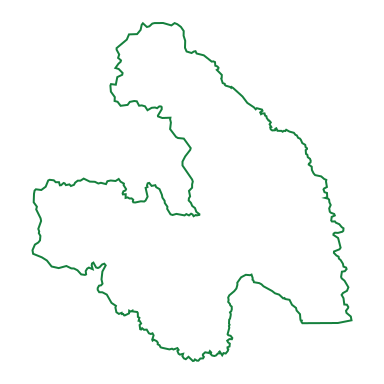 Bafing, Bafing, Ivory Coast (Albers equal-area conic projection)
{"feature_id": "98640826B37750272367318", "entity_name": "Bafing", "entity_type": "district", "adm_level": 2, "iso_a3": "CIV", "parent_name": "Ivory Coast", "parent_adm1": "Bafing", "projection": "albers", "projection_center": [-7.651, 8.455], "detail": "fine", "context": "isolated", "style": "outline", "palette": "green", "viewbox_px": 384, "rotation_deg": 0, "n_neighbors": 0, "source": "geoboundaries", "source_scale": "gbopen_adm2", "svg_char_len": 6000}
<svg xmlns="http://www.w3.org/2000/svg" viewBox="0 0 384 384"><path d="M174.6,23.1L171.4,25.4L163.1,23.0L154.4,23.1L152.3,23.6L149.4,26.3L146.9,27.0L142.9,23.3L141.7,24.8L140.6,29.9L137.1,34.1L129.0,34.4L126.8,39.6L116.6,48.1L116.6,49.7L119.2,54.5L118.1,57.9L121.0,60.4L120.6,61.8L118.4,63.8L115.4,68.0L118.7,69.0L122.6,73.0L122.2,74.8L117.3,77.1L115.8,84.7L111.0,84.1L110.4,85.6L110.9,91.7L114.8,97.1L114.6,101.0L117.6,101.8L120.6,105.8L127.6,104.9L129.8,101.9L134.2,101.0L136.8,101.3L139.1,105.7L141.8,105.4L145.0,106.3L147.5,110.2L151.7,107.8L155.0,107.5L157.1,108.2L159.3,106.4L160.9,106.4L161.7,107.1L161.7,109.3L157.9,115.6L158.0,116.4L162.3,118.0L170.4,117.7L170.1,119.3L170.9,122.5L170.1,129.1L176.0,136.9L177.9,138.0L183.8,138.6L190.7,148.1L190.2,149.9L185.2,156.4L182.5,161.6L182.5,165.5L192.1,179.5L192.8,181.6L192.1,184.3L192.1,187.7L189.0,190.9L190.1,196.4L188.9,198.3L188.7,200.5L190.9,202.8L192.2,205.9L195.0,208.1L196.3,211.8L199.4,214.2L199.3,214.9L196.8,215.4L195.8,215.0L193.6,216.2L192.5,214.4L191.1,213.7L189.0,215.4L186.3,214.1L184.6,215.4L176.4,213.9L172.6,215.0L170.5,214.3L167.2,208.9L167.4,206.7L164.8,203.0L164.6,200.8L162.4,197.6L161.9,194.8L159.5,189.1L156.2,187.2L155.3,185.2L151.6,185.9L149.2,182.9L147.7,183.3L147.0,185.4L147.5,187.0L145.6,187.9L147.6,196.7L145.5,200.6L144.2,201.5L140.8,201.3L135.2,202.5L133.3,202.3L132.8,201.3L133.2,199.7L131.6,198.4L129.5,198.5L127.6,197.4L125.6,197.9L125.7,194.2L122.9,194.4L122.6,193.3L123.4,191.3L125.4,190.5L126.1,189.1L123.6,185.2L123.9,183.6L120.6,181.7L118.7,179.0L115.6,181.0L110.7,180.5L107.4,181.2L106.0,184.1L100.9,182.8L98.3,183.5L94.9,181.8L89.8,181.6L83.7,178.6L80.4,180.7L77.7,180.7L75.1,182.7L74.0,184.8L70.9,186.0L69.4,184.4L65.9,185.1L64.6,183.3L63.6,183.0L61.1,185.2L59.9,185.3L59.0,182.2L55.7,182.2L53.8,180.3L49.6,179.8L48.2,180.5L45.7,186.7L41.3,190.0L35.9,189.3L34.6,190.6L34.0,193.8L33.7,202.3L36.9,206.7L36.2,209.4L40.6,218.3L41.1,221.0L38.3,228.9L39.2,231.5L38.8,233.1L40.4,235.9L40.0,240.4L38.3,242.5L34.9,244.6L32.5,250.2L33.1,253.8L41.8,257.3L46.9,260.5L51.6,266.5L58.7,268.1L66.4,266.0L71.3,268.4L74.0,268.5L77.5,270.3L81.2,274.4L85.0,274.9L86.1,274.4L85.7,271.1L87.2,268.6L88.9,267.6L92.7,269.2L91.7,265.5L92.0,263.5L93.4,262.6L96.1,267.5L97.9,268.0L99.6,267.2L102.1,264.5L104.3,263.7L105.7,265.4L102.4,271.5L101.5,279.4L102.5,283.7L101.1,285.3L99.0,285.7L97.7,288.1L97.7,289.8L99.2,292.2L102.4,292.3L106.8,294.6L111.5,302.9L116.0,305.9L115.4,307.5L116.4,312.2L118.9,313.9L121.7,312.8L122.0,314.1L123.2,314.0L124.2,315.4L124.8,315.4L129.0,313.4L129.2,310.7L130.7,311.6L132.5,310.6L132.6,311.4L137.2,312.0L137.8,313.0L137.9,316.9L139.4,317.8L138.6,320.8L139.7,321.0L141.1,323.5L139.6,325.0L140.2,329.2L141.1,329.5L142.1,328.2L144.0,329.8L146.7,329.6L148.9,333.3L150.9,334.0L152.5,333.3L153.6,335.3L152.2,339.7L152.6,340.6L153.8,339.7L156.6,341.1L157.8,342.6L157.7,344.3L159.5,345.2L160.6,347.3L162.2,347.8L169.4,349.4L172.0,348.7L173.4,349.5L177.4,348.1L178.6,349.9L177.4,351.0L178.6,353.8L179.9,354.6L183.1,353.8L182.4,356.2L183.9,358.4L185.8,359.2L188.5,356.8L192.9,361.0L193.9,360.8L194.9,359.4L197.0,360.7L198.4,360.7L200.3,358.5L203.0,358.4L203.9,356.9L202.9,355.6L202.9,354.4L205.2,352.3L208.9,353.0L209.9,351.1L211.2,352.5L210.7,354.1L212.1,355.5L214.4,356.0L216.1,355.4L217.8,353.5L219.9,353.3L219.2,351.9L219.7,351.5L222.2,355.3L223.5,353.1L225.7,353.5L227.7,351.1L228.3,349.3L227.6,348.7L227.5,347.3L229.5,346.5L229.8,343.6L228.1,342.4L227.2,340.7L229.4,339.1L231.9,339.2L232.3,338.0L230.6,335.8L228.3,335.2L227.6,334.2L229.3,327.8L228.9,326.0L229.6,324.8L229.0,323.7L229.2,319.6L230.0,318.7L230.6,315.8L230.8,314.1L230.0,312.3L231.2,311.3L231.8,309.3L231.7,306.6L230.3,305.4L229.9,303.9L228.2,301.9L228.6,300.0L228.2,297.5L229.3,295.3L234.2,291.2L236.4,288.5L237.4,284.8L237.3,282.7L241.1,277.3L245.8,274.8L250.1,275.2L251.5,274.6L252.7,278.1L252.5,279.7L253.4,280.4L253.9,282.2L259.2,283.1L261.5,284.3L263.5,286.3L272.1,291.0L275.0,293.3L279.1,294.6L283.2,298.4L284.5,298.0L285.1,299.0L289.5,299.8L292.0,304.8L296.0,307.9L296.6,310.5L300.0,314.2L300.4,319.3L300.7,320.4L301.8,320.6L301.4,321.8L302.4,323.2L337.9,323.0L351.5,320.3L350.8,316.5L346.5,312.9L346.0,310.8L348.1,308.0L348.3,307.0L346.9,304.7L344.3,304.5L343.5,298.2L341.6,294.9L343.0,293.0L347.0,290.8L348.4,287.3L344.5,280.7L341.7,278.4L341.1,276.9L341.9,271.7L344.8,271.2L346.6,269.1L346.1,267.6L343.5,266.6L342.9,263.7L340.6,260.0L338.9,258.6L338.6,256.7L336.4,255.5L333.9,252.9L334.0,251.5L339.5,249.3L340.6,247.7L338.1,238.0L333.4,234.9L333.6,233.6L335.0,232.7L338.0,232.9L342.4,231.7L343.3,230.8L343.5,228.3L341.7,227.1L339.3,224.2L335.9,222.7L334.9,221.4L332.0,221.5L331.2,220.5L331.7,216.9L334.8,215.5L334.2,214.0L330.8,212.7L329.8,211.7L329.2,208.4L330.7,205.0L329.4,202.3L329.1,199.7L328.2,198.7L325.1,197.9L327.2,197.3L327.0,193.0L324.5,192.2L323.5,189.4L324.1,188.5L326.9,187.0L326.0,181.6L326.3,179.9L324.2,179.0L321.2,176.4L315.1,175.1L313.6,173.4L311.9,170.0L311.7,166.7L308.7,164.6L308.9,163.7L310.5,162.4L310.7,160.8L310.0,158.8L307.8,157.2L307.3,154.7L306.0,153.9L305.7,150.1L307.0,149.0L307.0,148.3L305.6,147.1L305.2,144.8L302.3,143.1L300.8,139.7L299.8,138.5L298.2,137.9L296.8,135.4L295.4,134.8L293.9,132.8L289.5,131.6L286.2,129.8L285.3,131.0L284.0,130.8L282.6,131.7L281.6,130.9L277.5,130.8L276.3,128.3L275.3,128.8L275.1,130.2L274.6,130.3L272.2,130.4L270.7,129.3L270.2,127.4L271.3,127.0L269.6,124.3L270.8,122.4L269.2,120.5L268.6,120.6L266.7,117.9L266.4,116.2L265.1,115.6L264.5,113.4L262.2,113.5L261.0,114.2L260.2,112.4L262.5,110.8L262.0,109.6L256.8,108.2L255.7,109.3L253.9,107.3L247.3,102.9L242.5,96.5L233.1,88.0L231.5,87.0L231.1,87.8L230.2,87.0L225.6,85.6L224.8,84.8L224.7,83.8L222.7,83.1L221.2,78.4L221.7,78.0L221.8,74.9L216.8,69.9L218.3,68.8L218.5,67.7L217.3,66.4L215.3,65.7L215.0,62.1L213.4,61.4L211.7,61.6L203.8,55.3L196.6,53.5L195.5,51.2L193.7,51.6L191.6,53.0L186.6,51.5L185.0,47.8L185.2,40.8L183.6,35.7L183.7,31.0L180.9,26.9L177.3,24.2L174.6,23.1Z" fill="none" stroke="#15803d" stroke-width="2"/></svg>